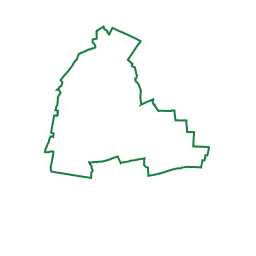 Oltenesti, Vaslui, Romania, rotated 124°
{"feature_id": "2599482B69847622233243", "entity_name": "Oltenesti", "entity_type": "district", "adm_level": 2, "iso_a3": "ROU", "parent_name": "Romania", "parent_adm1": "Vaslui", "projection": "robinson", "projection_center": [27.897, 46.604], "detail": "fine", "context": "isolated", "style": "outline", "palette": "green", "viewbox_px": 256, "rotation_deg": 124, "n_neighbors": 0, "source": "geoboundaries", "source_scale": "gbopen_adm2", "svg_char_len": 5662}
<svg xmlns="http://www.w3.org/2000/svg" viewBox="0 0 256 256"><g transform="rotate(124 128 128)"><path d="M190.1,130.7L189.3,131.2L188.6,131.6L188.4,131.6L186.2,133.1L185.9,133.3L185.6,133.3L184.4,133.3L183.9,133.4L183.3,133.4L182.9,133.5L182.5,134.0L181.7,135.7L181.4,136.0L180.6,136.3L180.2,136.6L179.9,137.0L179.6,137.7L179.6,138.5L179.3,139.2L178.1,141.0L177.3,139.1L176.7,138.7L176.2,138.0L175.4,137.4L175.0,136.7L174.3,135.7L173.9,135.0L173.2,134.5L172.7,133.7L172.3,133.1L171.3,132.3L170.6,131.0L170.4,130.7L169.8,130.3L169.6,130.2L169.4,129.9L169.2,129.6L168.3,128.9L164.3,125.5L162.2,124.3L160.7,123.0L159.6,122.4L157.4,120.5L159.0,118.0L161.0,114.6L160.9,114.6L160.5,114.1L155.2,108.6L154.1,107.9L152.9,106.8L152.3,105.9L151.3,104.8L150.7,104.3L149.8,103.3L148.0,101.6L145.7,99.2L144.9,98.2L144.5,97.5L144.4,97.4L144.2,97.3L145.9,96.5L147.0,95.6L147.5,95.2L147.9,95.0L149.2,94.5L149.4,94.2L149.7,93.9L149.9,93.5L150.2,92.7L150.2,92.1L150.2,90.7L150.0,90.1L149.6,89.4L149.8,89.2L150.4,88.8L151.3,88.1L152.1,87.8L152.5,87.2L156.2,84.3L150.7,78.7L148.2,76.6L148.3,76.5L148.3,76.4L148.2,76.2L147.8,76.0L147.2,75.6L143.1,72.2L142.9,72.1L142.7,72.1L137.1,67.5L135.5,66.1L134.6,65.2L133.2,63.6L132.7,62.8L132.1,62.0L131.7,61.6L131.3,61.7L131.2,61.8L131.2,62.1L130.8,61.3L130.3,60.7L127.1,57.2L125.2,54.1L124.5,53.1L123.5,51.6L123.0,50.6L122.6,49.9L120.7,47.0L120.4,46.4L120.2,46.1L119.9,45.4L117.8,46.2L113.1,48.2L112.3,46.9L112.0,46.5L110.8,46.9L107.3,48.6L106.9,47.9L106.4,46.9L103.6,47.9L98.6,50.1L99.2,51.2L101.2,54.7L105.3,61.2L106.8,63.6L104.2,65.1L102.4,66.3L94.5,70.9L95.4,72.4L98.3,76.8L96.4,78.1L94.8,79.4L90.5,83.0L89.6,83.6L89.1,83.8L89.4,84.5L90.2,85.6L92.2,88.3L92.6,88.9L92.9,89.5L93.2,90.1L93.6,90.8L95.1,92.8L90.2,97.2L87.6,99.2L88.9,101.5L89.2,101.5L89.4,101.5L90.0,102.1L90.8,103.3L93.6,107.6L94.1,108.6L95.3,110.4L95.7,110.9L96.1,111.3L96.5,111.9L96.7,112.0L96.9,112.2L96.3,113.6L95.7,115.3L95.1,116.9L94.9,117.5L94.7,117.9L94.3,118.2L94.1,118.5L93.7,119.0L94.3,119.6L94.1,120.0L93.8,120.5L93.4,121.2L93.0,121.6L92.8,122.0L92.6,122.2L92.3,122.4L91.4,122.5L90.7,122.7L90.1,123.1L92.7,124.7L96.8,127.6L99.1,128.7L99.2,129.0L100.2,129.5L100.8,130.0L101.4,130.3L100.7,130.4L99.9,131.2L98.1,132.7L97.5,133.4L96.7,134.1L94.5,135.6L90.3,138.0L89.7,138.6L88.9,139.3L88.7,139.6L87.9,140.8L87.6,141.2L86.5,142.8L85.6,144.3L85.1,146.8L85.0,147.6L84.8,148.0L83.1,149.6L82.1,149.1L81.9,149.0L81.6,149.1L80.9,149.5L79.5,149.9L79.3,150.0L78.8,150.9L77.8,152.2L76.4,153.4L74.9,155.2L74.2,155.8L74.0,156.2L74.1,157.3L74.3,157.8L74.5,158.6L74.4,159.1L74.3,159.6L74.1,160.0L73.8,160.1L72.4,160.0L72.1,162.5L71.7,164.6L71.5,166.3L64.9,166.2L54.1,166.3L52.7,166.2L52.3,166.0L49.0,166.0L49.2,168.3L49.3,168.8L49.3,170.3L49.7,172.1L49.9,174.1L50.4,177.0L51.0,181.2L51.4,183.4L51.9,186.4L52.2,187.1L52.3,187.7L53.1,192.4L53.4,195.1L53.6,196.1L53.7,196.9L61.1,195.9L61.1,196.0L61.0,196.3L60.4,198.0L60.3,198.3L60.2,198.6L60.0,198.8L59.7,198.9L59.3,199.1L59.1,199.4L59.1,199.8L59.2,200.2L59.2,200.3L59.0,200.7L59.1,201.6L59.3,202.0L59.4,202.4L59.4,202.7L59.3,203.0L58.5,203.8L57.6,205.0L64.7,208.1L65.2,207.7L65.7,208.1L67.2,206.9L71.4,203.9L74.3,206.8L75.3,206.2L76.1,205.7L77.0,204.9L77.0,204.7L76.8,204.5L76.8,204.3L76.9,204.0L77.0,203.9L77.2,202.9L77.4,202.4L78.9,200.3L79.0,200.3L79.5,200.3L80.1,200.5L80.5,200.7L80.7,200.9L80.9,200.9L81.1,201.1L81.3,201.5L81.6,201.8L82.1,202.3L82.8,202.7L83.0,202.8L83.5,202.8L84.0,203.1L84.4,204.0L84.5,204.2L84.8,204.5L85.6,204.8L85.9,205.0L86.2,205.2L86.5,205.6L87.1,205.8L87.4,205.8L87.9,206.2L88.4,206.4L88.7,206.8L88.9,206.9L90.2,207.6L90.5,208.0L91.2,208.5L91.4,208.5L91.9,208.8L92.4,209.3L93.0,209.3L93.4,209.7L94.1,210.2L94.3,210.2L94.9,209.9L96.8,209.7L97.2,209.6L97.5,209.5L97.9,209.2L99.2,208.8L99.7,208.6L100.2,209.1L100.5,209.1L100.9,209.1L101.2,209.1L101.8,209.3L102.1,209.4L102.7,209.2L103.4,209.2L104.0,209.5L104.6,209.4L105.8,209.2L106.2,209.0L110.7,209.2L115.3,209.5L118.4,209.9L118.5,210.0L118.9,210.1L125.8,210.6L126.1,210.5L126.1,210.1L126.5,209.1L126.5,208.5L126.6,208.3L126.9,208.0L127.5,207.6L128.9,207.2L130.8,206.8L131.7,207.6L131.9,207.7L132.9,207.7L133.5,207.5L134.2,207.5L134.7,207.7L135.0,207.7L135.8,208.2L136.0,208.2L135.7,207.9L135.5,207.7L135.5,207.4L135.3,207.1L135.2,206.8L135.2,206.4L135.3,206.0L135.3,205.8L135.5,205.5L135.6,205.3L136.1,204.9L136.2,204.5L136.2,203.9L137.1,203.5L137.4,203.5L138.1,203.5L138.7,203.6L140.1,203.6L141.3,203.3L142.0,203.3L142.1,202.9L143.4,202.2L143.5,202.1L145.3,201.2L148.3,199.5L148.8,199.4L150.5,199.4L151.3,199.0L152.5,198.4L153.8,198.1L153.6,197.8L153.2,196.8L152.9,195.7L153.4,195.7L154.9,194.9L154.8,194.7L154.7,194.6L155.4,194.1L156.1,193.9L156.5,193.6L156.8,193.9L157.5,193.6L157.7,193.9L158.0,194.7L158.0,194.8L159.0,196.2L161.0,195.3L161.7,195.0L162.6,194.6L163.1,194.3L166.2,193.0L167.6,192.4L169.4,191.6L170.2,191.3L173.2,189.9L173.8,189.7L174.9,189.2L174.4,187.5L174.4,187.1L174.2,186.5L177.2,185.1L177.2,185.6L177.3,185.7L177.5,185.8L177.6,186.0L178.0,186.8L178.3,187.5L180.5,187.1L181.4,186.9L182.1,186.6L182.5,186.5L183.2,186.2L183.7,185.9L184.0,185.9L184.9,185.7L185.4,185.6L185.7,185.7L186.5,185.6L187.6,185.3L189.1,184.9L190.5,184.8L190.9,184.7L191.7,184.4L192.4,184.3L193.4,183.8L194.4,183.3L193.7,182.1L192.4,180.3L192.0,179.9L191.3,179.5L190.3,178.5L189.7,177.7L189.4,177.0L189.3,176.7L189.5,176.6L190.6,175.9L197.6,172.7L199.6,171.9L201.0,171.3L202.0,171.0L203.9,170.1L205.6,168.7L206.1,168.1L206.4,167.9L206.9,167.2L207.0,167.1L205.9,164.9L204.3,161.1L203.8,160.3L203.5,159.6L202.0,156.4L199.3,150.5L197.6,146.7L196.7,144.9L195.9,142.9L195.0,141.2L193.9,138.8L190.1,130.7Z" fill="none" stroke="#15803d" stroke-width="2"/></g></svg>